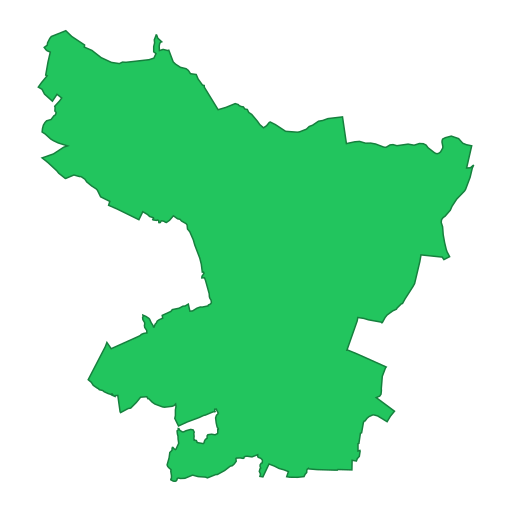 Benesat, Salaj, Romania (Mercator projection)
{"feature_id": "2599482B99143451479109", "entity_name": "Benesat", "entity_type": "district", "adm_level": 2, "iso_a3": "ROU", "parent_name": "Romania", "parent_adm1": "Salaj", "projection": "mercator", "projection_center": [23.261, 47.406], "detail": "fine", "context": "isolated", "style": "filled", "palette": "green", "viewbox_px": 512, "rotation_deg": 0, "n_neighbors": 0, "source": "geoboundaries", "source_scale": "gbopen_adm2", "svg_char_len": 6012}
<svg xmlns="http://www.w3.org/2000/svg" viewBox="0 0 512 512"><path d="M120.6,412.6L128.2,408.5L130.7,408.1L136.3,402.5L140.6,397.2L146.8,396.7L147.9,398.7L148.7,398.6L152.1,402.1L154.8,404.0L162.5,406.9L164.5,407.2L172.1,406.3L174.0,405.6L175.6,404.0L176.0,406.5L175.4,409.8L175.4,415.6L174.8,418.4L178.5,426.0L187.4,421.9L199.2,417.5L203.7,415.4L205.3,415.1L213.2,411.8L214.8,411.8L215.1,411.6L214.6,410.3L214.7,409.2L216.4,409.1L216.8,410.4L218.2,413.0L217.8,414.0L216.5,415.2L215.6,417.9L216.2,422.9L217.0,426.5L217.4,427.6L218.3,428.4L218.3,429.5L217.7,429.5L217.8,432.6L217.6,433.5L215.1,434.8L211.6,434.2L207.9,434.7L207.1,435.8L207.1,438.2L205.4,439.4L204.3,441.4L204.3,442.5L203.2,443.6L197.4,442.6L197.0,442.4L197.0,441.8L196.3,440.5L194.3,440.3L194.5,439.7L193.8,439.0L194.1,436.3L193.8,433.5L194.2,432.1L193.1,429.9L190.7,429.4L186.0,430.7L183.6,431.9L182.3,431.9L179.7,430.2L178.9,428.6L178.2,428.5L178.3,429.9L177.1,430.8L177.1,431.3L177.4,434.0L178.0,436.1L178.1,439.1L178.7,443.3L175.9,449.3L175.4,449.6L174.3,449.0L172.9,447.4L172.5,447.4L172.4,448.1L172.1,448.2L172.0,450.3L169.8,452.5L169.1,457.8L167.1,464.9L167.7,466.4L168.9,467.8L171.0,469.6L170.8,471.4L171.5,475.7L171.4,478.7L170.8,479.1L170.8,479.8L173.2,481.1L175.1,481.3L176.2,480.9L177.0,479.8L177.2,478.5L178.3,478.0L180.6,478.5L184.9,478.3L192.6,475.1L198.1,476.6L205.5,477.1L207.4,477.9L215.6,474.6L217.4,474.5L224.7,470.5L230.2,466.2L232.3,465.7L234.2,464.0L236.2,461.3L235.9,458.5L236.4,458.1L240.1,457.9L243.1,458.4L243.9,458.1L244.1,457.1L245.2,456.4L247.0,456.2L252.0,456.9L257.7,454.7L257.7,456.3L258.2,457.3L260.6,458.2L262.2,459.7L262.4,460.7L262.3,462.8L261.2,463.2L260.1,464.9L260.1,466.4L260.7,468.2L260.0,468.8L259.3,471.4L260.5,474.0L259.9,476.4L262.9,476.9L269.0,464.0L274.4,466.1L279.1,468.5L283.9,469.8L288.4,471.6L286.7,476.7L289.7,477.2L297.6,477.3L304.0,476.6L305.1,474.3L306.7,472.5L306.8,470.1L307.4,469.0L308.5,468.3L308.7,468.9L317.1,469.6L334.1,470.1L337.4,470.1L337.9,469.5L351.9,469.9L352.1,460.3L356.4,461.0L357.3,458.6L359.3,456.4L360.1,451.2L359.9,450.4L358.0,451.0L358.0,443.7L358.9,443.4L360.4,433.3L361.6,432.8L363.4,422.5L364.2,421.1L365.1,420.9L367.0,418.3L369.0,416.6L372.8,414.9L373.8,414.9L377.6,415.9L387.1,421.7L390.4,416.2L394.5,411.2L376.2,397.6L379.7,396.1L381.0,394.2L381.4,390.7L381.3,388.5L382.3,376.3L385.4,368.1L386.2,367.0L357.0,353.9L347.8,350.1L346.9,350.2L357.2,320.9L357.8,317.5L363.8,318.4L368.4,319.8L381.1,322.1L381.8,322.8L382.3,322.6L385.1,317.5L387.1,315.0L392.7,310.9L396.4,309.2L397.1,308.0L401.5,303.7L402.5,303.5L405.1,298.8L413.0,286.5L414.6,283.6L419.8,261.7L421.0,254.9L442.2,257.1L443.9,259.6L449.6,256.7L447.1,251.9L446.2,249.3L444.6,242.6L443.2,234.7L442.6,226.8L441.2,222.4L441.4,220.8L441.6,219.6L443.1,217.6L445.1,216.2L450.3,210.2L452.0,206.3L456.7,199.1L464.6,190.9L465.6,189.3L470.1,177.3L472.3,168.1L473.7,165.0L470.3,167.8L466.6,168.0L471.7,145.8L466.4,144.7L462.7,143.2L458.6,138.6L451.3,136.1L445.3,137.7L442.6,139.1L442.1,140.7L442.0,142.1L442.9,146.8L442.7,148.1L440.6,151.9L439.1,153.1L437.4,153.7L435.8,153.5L434.0,152.4L428.0,147.7L426.1,145.1L423.3,143.7L419.4,143.5L414.1,145.2L408.1,144.1L396.9,145.7L393.0,144.6L390.1,144.9L386.1,147.3L384.0,147.2L375.6,144.0L370.7,143.1L365.6,143.2L359.5,141.4L354.7,141.8L346.4,143.6L342.5,116.9L327.9,118.6L322.7,120.5L318.5,121.2L312.6,125.2L309.2,126.5L306.4,129.2L299.7,131.8L297.5,132.2L285.6,131.3L275.4,124.6L270.2,122.0L269.2,122.5L266.6,125.7L263.5,127.8L259.8,124.6L257.4,121.2L251.7,114.4L248.8,112.5L247.3,109.5L244.8,109.0L243.4,106.9L241.1,106.5L239.0,105.5L238.3,104.6L235.2,103.6L225.9,107.4L218.1,109.7L204.3,87.2L204.2,85.5L202.5,85.1L198.1,79.0L196.2,74.5L190.5,73.7L188.4,70.5L186.1,68.7L180.4,67.3L175.6,64.2L173.2,61.9L168.8,50.2L167.5,50.5L163.1,49.4L159.4,50.6L159.2,46.1L159.7,43.4L160.7,42.2L161.7,41.8L157.8,38.2L156.7,35.1L156.2,34.9L154.3,39.8L154.6,42.9L153.7,46.6L153.7,51.8L156.0,53.6L153.9,58.1L149.1,59.7L126.0,62.3L122.5,62.1L119.4,63.6L111.4,62.4L101.1,57.6L91.9,50.4L84.3,47.1L84.6,45.0L71.8,36.5L65.8,30.7L51.3,36.5L49.8,38.4L47.6,42.7L47.2,45.2L44.2,47.4L45.9,49.7L47.2,50.8L50.3,52.1L48.0,62.0L45.7,75.1L47.1,75.8L41.5,82.6L38.3,87.1L42.0,89.3L44.5,94.1L52.4,101.2L57.0,94.3L61.7,98.0L59.7,100.8L54.7,106.3L55.1,107.4L54.9,111.0L56.1,112.4L56.0,113.3L55.4,114.9L53.9,115.8L51.1,119.5L46.6,120.8L45.0,122.5L43.4,125.1L42.5,128.5L42.1,132.0L45.2,134.0L50.7,139.0L53.5,140.7L58.1,142.9L67.6,145.9L63.7,147.2L53.5,153.9L42.1,157.9L48.1,162.7L56.9,170.9L58.7,173.2L65.1,178.3L65.6,178.5L73.9,175.0L79.7,176.6L81.1,176.6L84.9,179.2L86.8,182.0L91.7,186.0L96.2,188.9L97.4,190.2L100.6,196.8L109.8,201.4L108.6,205.3L117.1,209.0L138.9,219.7L142.8,211.7L147.5,214.5L149.6,216.5L153.4,217.7L153.6,218.3L152.7,219.4L153.0,219.9L156.6,220.4L157.3,220.0L158.2,220.3L158.7,220.9L158.8,222.4L159.0,222.7L160.3,222.5L161.2,220.9L161.7,220.8L164.1,221.3L165.3,222.2L166.4,222.5L169.5,220.3L173.4,215.8L177.6,218.8L180.0,219.3L181.5,221.0L186.2,223.7L187.1,225.0L187.5,229.0L189.8,231.8L193.3,239.8L194.8,245.1L199.8,258.2L201.3,264.2L202.3,272.1L203.5,272.1L204.0,273.3L202.0,276.2L201.8,277.9L204.5,277.8L205.5,280.4L209.2,293.7L209.4,296.8L209.8,298.1L211.1,300.3L211.4,302.6L211.1,303.1L210.5,304.0L208.4,305.0L208.0,305.9L202.2,307.1L200.3,307.0L196.9,308.2L192.6,310.9L189.9,311.2L188.3,304.1L185.1,306.0L182.9,306.2L179.1,308.2L172.3,309.6L170.9,311.4L162.2,315.4L162.7,318.2L159.2,319.7L157.2,321.1L156.3,323.1L155.2,324.1L154.0,327.1L153.5,327.0L152.9,325.3L151.2,322.8L149.6,319.2L148.8,318.3L145.9,316.4L142.9,315.1L143.1,316.5L142.6,317.6L142.9,319.7L144.6,322.5L144.7,324.2L144.4,325.3L144.7,327.4L146.7,330.4L146.9,332.9L143.8,333.4L141.3,334.4L140.3,335.5L138.3,336.5L111.2,348.7L106.9,342.5L105.3,346.7L88.2,379.7L91.3,382.3L93.3,385.4L97.7,388.4L98.3,388.5L99.3,389.7L102.7,390.5L104.1,391.7L108.2,393.6L110.9,394.4L112.0,393.8L113.0,395.0L112.4,395.3L115.1,396.5L115.3,395.6L117.8,395.4L120.1,411.8L120.6,412.6Z" fill="#22c55e" stroke="#15803d" stroke-width="1.5"/></svg>